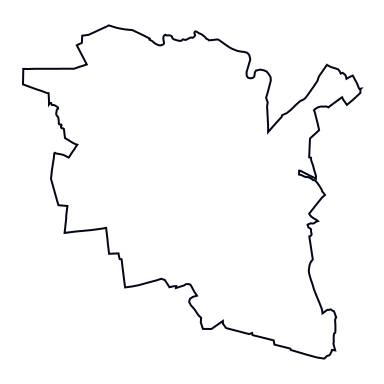 Satu Mare, Suceava, Romania
{"feature_id": "2599482B42040302746939", "entity_name": "Satu Mare", "entity_type": "district", "adm_level": 2, "iso_a3": "ROU", "parent_name": "Romania", "parent_adm1": "Suceava", "projection": "orthographic", "projection_center": [26.012, 47.829], "detail": "fine", "context": "isolated", "style": "outline", "palette": "ink", "viewbox_px": 384, "rotation_deg": 0, "n_neighbors": 0, "source": "geoboundaries", "source_scale": "gbopen_adm2", "svg_char_len": 5597}
<svg xmlns="http://www.w3.org/2000/svg" viewBox="0 0 384 384"><path d="M324.2,358.6L325.5,357.6L326.3,356.5L327.4,355.8L328.9,355.5L330.0,354.6L330.8,352.9L331.6,351.5L332.0,349.9L335.2,350.4L333.5,344.1L333.4,343.6L333.6,343.1L333.8,341.9L333.7,339.8L333.7,336.8L333.8,335.2L334.1,333.5L335.2,332.8L335.3,332.1L335.4,330.4L335.4,328.0L335.4,324.5L335.1,320.9L335.3,319.0L336.2,317.2L336.0,316.6L335.7,316.4L335.4,315.3L334.4,312.3L333.7,311.0L332.7,310.8L332.0,310.3L331.3,309.7L330.8,309.4L329.9,309.6L329.0,309.9L328.0,309.8L326.9,310.1L325.4,311.3L322.5,313.4L322.4,312.6L322.4,312.3L322.3,311.3L322.0,309.7L321.5,308.2L320.5,305.5L319.5,303.0L316.5,295.8L313.9,289.2L312.7,284.9L310.3,277.9L309.3,274.2L309.0,272.5L308.8,270.9L308.9,269.3L309.1,268.0L309.3,266.7L309.7,264.7L310.1,263.8L310.4,262.8L311.1,261.6L312.7,259.7L312.8,259.4L312.7,258.8L311.9,253.6L311.1,248.3L309.3,236.4L310.7,235.8L311.5,234.9L311.6,234.1L311.1,231.8L311.0,229.5L310.7,228.9L310.2,228.5L309.5,228.1L308.4,227.3L308.0,226.0L307.5,224.9L307.7,224.6L308.5,224.2L308.8,224.1L309.9,223.7L310.5,223.4L311.0,223.3L312.3,223.5L313.0,223.5L313.8,223.3L315.5,222.2L316.6,221.5L317.9,221.1L316.9,220.2L313.7,218.3L311.5,216.8L311.0,216.3L309.6,214.6L309.2,213.7L314.5,206.9L321.9,197.7L325.0,195.0L323.4,192.7L322.4,191.8L322.0,190.8L321.5,189.3L319.6,186.2L317.3,182.9L315.6,180.9L314.6,180.3L313.4,180.1L312.8,179.9L312.3,179.4L310.7,178.3L307.6,176.9L307.1,177.1L306.2,177.1L305.6,176.8L305.3,177.0L304.0,176.4L301.3,175.0L299.1,174.6L299.1,170.7L299.4,170.7L299.9,170.7L300.6,170.9L305.1,173.2L315.9,178.6L316.0,176.1L315.3,173.7L314.3,170.4L313.7,168.2L313.1,165.7L312.3,163.5L311.4,161.0L310.8,158.1L310.9,157.7L309.2,157.3L309.2,156.6L310.0,138.5L319.1,130.2L317.8,124.1L314.7,111.9L314.0,110.1L314.4,109.7L315.7,108.7L318.0,107.3L320.1,106.7L321.9,106.5L323.5,106.6L325.8,106.5L327.3,106.8L328.5,107.4L328.9,107.1L329.4,106.5L342.1,97.2L343.6,100.4L344.6,101.5L346.9,104.9L353.1,99.7L360.4,92.9L360.4,89.4L361.0,88.7L359.5,89.0L358.9,88.2L357.0,83.4L352.8,75.6L350.0,76.8L346.5,78.8L345.8,75.9L344.7,74.4L342.5,72.8L340.8,73.6L339.6,71.2L338.1,69.3L336.6,68.8L330.8,67.0L327.0,65.0L326.9,64.9L322.1,71.9L319.4,75.7L318.5,77.5L317.6,80.6L313.9,86.2L307.5,95.3L305.0,98.4L303.2,99.7L300.1,101.1L296.2,104.6L290.8,109.9L289.9,110.6L286.7,113.2L285.2,113.8L283.7,114.5L282.3,115.1L281.8,116.0L281.7,116.9L277.6,121.3L272.8,126.7L268.1,132.1L268.1,129.4L268.1,125.2L267.8,119.7L267.7,117.2L267.5,114.7L267.3,109.9L267.1,107.3L267.2,105.3L267.7,102.5L266.1,97.8L267.8,92.2L269.3,86.4L270.8,80.6L270.6,77.2L268.7,74.0L266.7,71.6L264.1,70.4L260.2,69.6L256.0,70.6L254.9,72.4L254.3,76.6L252.4,78.1L249.9,78.3L247.9,77.6L246.8,76.1L246.6,74.3L246.6,72.0L247.3,69.6L248.6,65.3L250.3,59.4L249.3,55.1L247.4,52.9L244.1,51.9L241.8,51.7L237.7,51.0L232.1,48.8L228.7,46.9L223.9,43.5L219.1,40.1L217.6,39.4L212.7,40.0L208.9,40.3L208.7,40.1L207.8,39.3L206.7,38.9L206.3,38.7L206.0,38.3L205.2,37.2L204.5,36.6L202.9,35.3L202.0,34.6L200.1,33.7L199.1,33.3L196.4,31.6L195.6,31.4L195.0,31.6L194.5,32.4L194.4,33.2L194.8,34.2L195.1,35.1L194.7,36.1L194.1,36.7L193.3,37.5L192.7,37.8L191.8,37.6L191.2,37.6L190.7,37.6L189.9,37.9L188.6,38.5L185.9,39.9L184.5,39.8L183.3,39.4L182.9,39.4L182.6,39.6L182.0,40.2L180.9,40.9L178.8,40.8L176.7,40.2L174.0,39.4L172.5,38.4L172.2,37.6L172.0,36.6L171.0,35.8L169.5,35.3L167.4,35.4L166.4,35.4L165.9,35.1L165.3,34.7L164.0,35.7L163.5,36.5L163.5,37.3L163.3,38.4L163.4,39.3L163.7,41.1L164.1,43.0L163.9,43.7L162.8,44.7L160.6,45.4L159.4,45.3L158.2,45.0L156.0,44.0L155.1,43.5L154.1,42.7L153.3,42.1L152.5,41.3L152.0,41.0L150.1,40.0L149.4,39.6L149.8,38.6L144.7,36.0L139.6,33.5L138.5,33.0L132.3,30.1L125.0,29.4L122.1,28.9L117.0,27.9L108.8,25.4L106.3,26.7L105.8,26.9L96.5,31.2L92.6,33.0L88.7,34.8L82.2,35.7L81.9,42.8L76.8,45.3L86.8,64.5L78.4,67.2L74.2,68.7L51.9,68.8L48.8,68.8L43.1,68.8L34.5,68.8L28.2,69.0L23.3,68.9L23.0,84.4L24.7,85.0L29.8,86.9L36.7,89.4L41.1,90.8L46.6,92.9L48.6,93.2L49.0,100.9L49.0,104.4L49.5,103.7L50.6,102.9L51.1,103.0L51.3,103.4L51.5,104.2L51.8,104.9L52.3,105.1L52.7,105.0L53.5,105.0L53.9,105.1L55.2,105.6L56.2,106.2L57.2,106.9L57.9,107.4L58.1,107.8L58.1,108.3L58.0,108.8L57.5,109.0L57.1,109.3L56.8,109.9L56.5,111.1L56.6,111.8L56.4,112.4L56.2,113.1L56.2,114.0L56.4,114.8L57.0,116.0L57.6,116.4L58.1,117.1L58.3,117.6L58.6,119.7L58.8,121.7L58.8,123.8L59.1,124.1L59.3,124.4L60.7,124.5L61.1,124.5L61.4,124.8L61.6,125.5L61.3,125.9L61.0,126.4L61.0,127.0L61.1,127.6L61.8,128.2L62.8,128.3L63.3,128.5L63.9,129.0L65.0,138.0L66.5,139.0L68.6,140.1L70.4,141.4L72.1,142.4L73.7,143.3L75.6,144.2L77.3,144.7L76.0,146.5L74.2,149.5L72.4,152.0L70.9,154.2L70.1,155.6L68.7,157.6L64.7,155.5L62.7,154.7L59.7,154.1L55.8,153.4L54.9,152.8L54.3,153.3L53.8,158.2L51.9,170.4L51.0,178.9L52.6,184.6L57.1,200.7L58.4,205.2L65.2,205.8L67.4,206.0L66.1,216.9L66.3,217.5L65.0,229.4L64.6,232.9L75.1,231.6L91.0,230.1L100.9,228.8L106.1,227.9L107.4,238.7L107.9,243.9L109.1,253.8L118.5,253.4L119.0,256.3L119.7,259.1L121.3,259.2L121.6,259.3L122.5,267.0L124.2,280.6L125.1,287.4L132.0,286.5L139.1,285.1L147.7,282.7L156.4,280.4L161.2,278.8L164.8,280.0L169.1,286.6L169.4,287.2L173.4,286.3L176.2,286.1L176.0,288.0L184.4,285.3L185.6,284.3L188.0,284.0L190.3,284.6L191.5,286.5L194.5,292.1L197.0,295.7L192.8,296.9L189.9,298.9L189.1,301.9L190.9,305.3L194.4,309.2L198.6,315.5L201.1,317.7L200.8,322.4L202.9,328.9L211.4,329.0L222.9,321.0L222.9,323.6L224.9,326.4L225.8,327.8L226.9,328.3L249.2,334.1L252.1,333.0L252.5,335.1L273.7,340.4L274.4,344.6L290.3,348.6L290.9,350.0L307.1,354.8L317.1,357.5L324.2,358.6Z" fill="none" stroke="#020617" stroke-width="2"/></svg>